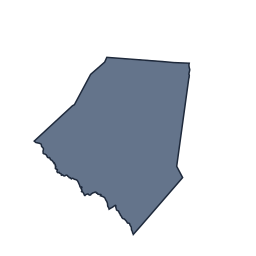 San Francisco de La Paz, Olancho, Honduras (Mercator projection), rotated 302°
{"feature_id": "27666195B84408666272476", "entity_name": "San Francisco de La Paz", "entity_type": "district", "adm_level": 2, "iso_a3": "HND", "parent_name": "Honduras", "parent_adm1": "Olancho", "projection": "mercator", "projection_center": [-86.243, 14.84], "detail": "fine", "context": "isolated", "style": "filled", "palette": "slate", "viewbox_px": 256, "rotation_deg": 302, "n_neighbors": 0, "source": "geoboundaries", "source_scale": "gbopen_adm2", "svg_char_len": 4676}
<svg xmlns="http://www.w3.org/2000/svg" viewBox="0 0 256 256"><g transform="rotate(302 128 128)"><path d="M121.3,189.6L202.2,153.3L202.7,153.2L203.0,153.2L203.4,152.9L203.5,152.7L204.0,152.6L204.6,152.4L205.1,152.1L205.5,151.8L205.7,151.4L205.9,151.1L207.7,150.4L209.5,149.8L210.4,149.3L211.6,148.0L213.1,146.7L214.2,146.0L214.9,145.8L215.4,145.6L207.6,131.9L204.1,124.9L176.7,72.6L171.5,73.3L153.7,67.9L119.4,70.2L117.4,69.1L67.2,55.4L66.9,57.2L66.9,57.6L66.9,57.8L67.1,58.3L67.4,58.9L67.5,59.1L67.5,59.4L67.5,59.6L67.9,60.4L68.1,61.1L68.2,61.4L68.2,62.2L68.3,62.7L68.3,62.8L68.1,63.1L67.9,63.4L67.6,63.6L67.0,64.1L66.8,64.2L66.7,64.4L66.6,64.7L66.4,65.2L66.1,66.3L65.9,66.9L65.7,67.2L65.6,67.3L65.2,67.5L64.2,68.0L63.8,68.0L63.5,68.1L63.3,68.2L62.2,69.1L61.7,69.3L61.6,69.5L61.5,70.2L61.6,70.4L61.9,71.6L61.9,72.9L61.9,73.0L61.4,73.6L61.2,73.9L61.2,74.0L61.3,74.3L61.2,74.5L60.5,75.2L60.5,75.8L60.6,76.2L60.6,76.4L60.8,76.6L61.2,76.8L61.1,77.2L61.0,77.5L61.1,77.8L61.0,78.0L60.9,78.2L60.5,78.4L60.4,78.5L60.2,78.9L60.1,79.2L60.2,80.1L60.2,80.9L60.1,81.0L60.0,81.3L59.9,81.5L59.9,81.8L59.9,82.0L59.5,82.5L59.4,83.1L59.5,83.7L59.4,83.9L59.4,84.0L59.2,84.1L58.9,84.2L58.6,84.2L58.6,84.4L58.7,85.3L58.6,85.6L58.4,85.8L57.9,86.0L57.6,86.2L57.4,86.9L57.3,87.1L57.2,87.1L56.8,86.9L56.7,86.9L56.4,87.1L56.2,87.5L55.4,87.7L55.2,87.8L55.1,88.0L55.3,88.4L55.3,88.6L55.2,88.7L55.1,88.8L55.0,89.0L55.0,89.3L55.2,89.5L55.3,89.8L55.3,90.1L55.2,90.3L54.7,90.4L53.9,90.6L53.6,90.7L53.4,90.9L53.2,91.2L53.0,91.5L52.9,91.9L52.9,92.1L53.0,92.3L53.2,92.6L53.4,92.8L53.5,92.8L53.8,92.9L53.9,93.0L53.7,93.4L53.6,93.5L53.5,93.9L53.5,94.1L53.5,94.4L53.6,94.9L53.7,95.2L53.7,95.4L53.6,95.5L53.4,95.8L53.0,96.2L52.7,96.4L52.7,96.6L52.8,96.9L52.9,97.0L53.2,97.1L53.5,97.2L53.5,97.3L53.6,97.7L53.4,99.0L53.5,99.2L53.6,99.4L53.8,99.7L54.1,99.9L55.2,100.5L55.3,100.7L55.5,101.0L55.6,101.4L55.6,101.6L55.6,101.8L55.3,102.3L55.2,102.5L55.2,102.8L55.2,103.3L55.1,103.8L55.0,104.1L54.8,104.4L54.7,104.6L54.8,104.8L55.2,105.3L55.3,105.4L55.3,105.5L55.2,105.7L55.1,106.0L54.9,106.3L54.8,106.6L54.8,106.9L54.8,107.0L55.2,107.1L55.8,107.4L55.9,107.6L56.0,107.8L56.1,108.0L56.1,109.3L56.1,109.6L56.3,110.3L56.5,110.9L56.6,111.3L56.7,111.6L56.7,112.0L56.6,112.6L56.3,113.5L55.7,114.5L55.5,114.8L53.8,117.3L53.5,117.6L52.6,118.6L52.6,118.9L52.7,119.2L52.9,119.4L53.3,119.6L53.5,119.9L53.5,120.0L53.1,120.4L53.0,120.5L52.9,120.5L52.7,120.5L52.5,120.4L52.3,120.2L52.1,120.2L51.9,120.2L51.7,120.2L51.6,120.3L51.6,120.6L51.5,120.9L51.5,121.0L51.2,121.4L50.7,122.0L50.2,122.1L49.9,122.1L49.7,122.1L49.4,122.3L49.4,122.6L49.5,122.7L49.9,123.0L49.5,124.0L49.1,125.0L48.9,125.3L48.6,125.7L48.1,126.3L47.8,126.9L47.8,127.0L47.9,127.3L49.0,127.5L49.3,127.6L49.7,127.9L49.9,128.1L50.3,128.4L50.5,128.5L50.8,128.9L50.9,129.2L50.8,129.3L50.6,129.8L50.7,130.5L50.7,130.8L50.8,131.1L50.9,131.3L51.1,131.5L51.5,131.7L51.6,131.8L51.8,131.8L52.0,131.8L52.5,131.7L52.8,131.8L53.3,132.2L53.7,132.3L53.9,132.3L54.0,132.3L54.4,132.7L54.6,132.9L54.8,132.9L55.1,133.2L55.2,133.4L55.3,133.5L56.0,133.9L56.3,134.2L56.4,134.3L56.5,134.6L56.6,134.9L56.5,135.1L56.4,135.2L56.1,135.5L56.0,135.8L56.3,136.1L56.4,136.4L56.5,136.5L56.4,136.8L56.1,137.1L56.0,137.3L55.9,137.5L56.0,137.9L56.2,138.2L56.2,138.3L56.4,138.7L56.5,139.1L56.6,139.4L56.8,139.6L57.0,139.8L57.2,140.0L57.2,140.3L57.1,140.5L56.8,140.7L56.6,140.8L56.4,140.8L56.3,140.7L56.0,140.7L56.1,141.0L56.2,141.6L56.4,142.5L56.6,143.6L56.6,144.2L56.6,144.6L56.5,145.1L56.4,145.5L55.8,146.4L55.3,147.1L54.9,147.9L54.5,148.8L53.9,149.6L53.4,150.3L52.6,151.0L51.7,151.6L51.1,152.2L50.9,152.3L50.8,152.5L50.2,153.7L49.9,154.2L49.5,154.6L49.2,154.9L49.1,155.0L49.3,155.1L49.7,155.3L50.6,155.7L51.0,155.9L51.5,156.2L51.8,156.4L52.6,156.8L53.7,157.3L54.3,157.5L54.7,157.7L55.1,157.8L55.4,158.0L55.6,158.2L55.8,158.4L55.8,158.5L55.7,158.8L55.4,159.0L55.0,159.1L54.3,159.7L54.0,160.0L53.4,160.7L52.8,161.3L52.5,161.6L52.4,161.9L52.4,162.0L52.4,163.1L52.6,163.8L52.6,164.0L52.3,164.4L52.1,164.6L51.8,164.9L51.7,165.1L51.5,165.6L51.1,166.0L50.8,166.8L50.8,167.1L50.7,167.3L50.2,167.6L50.0,167.8L49.8,168.4L49.7,169.0L49.6,169.3L49.3,169.7L49.1,169.9L48.8,170.3L48.7,170.7L48.6,171.1L48.5,171.4L48.5,171.6L48.6,172.2L48.8,172.9L48.9,173.2L48.8,173.5L48.7,173.9L48.4,175.0L48.2,175.7L48.0,176.3L47.8,176.6L47.3,177.6L47.2,177.8L47.2,178.1L47.3,178.5L47.6,179.0L47.8,179.5L47.8,179.9L47.1,180.8L46.8,181.1L46.6,181.3L46.4,181.8L45.8,183.0L45.3,183.6L44.6,184.1L43.9,184.6L43.6,184.8L43.4,185.0L43.1,185.7L42.7,186.2L42.2,186.9L41.7,187.3L41.5,187.5L41.4,187.7L41.2,188.1L41.0,188.3L40.8,188.7L40.6,188.9L52.0,190.8L114.9,200.6L121.3,189.6Z" fill="#64748b" stroke="#1e293b" stroke-width="1.5"/></g></svg>